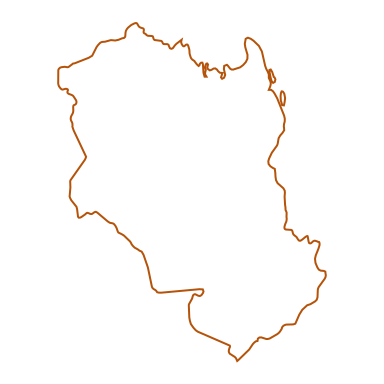 the border of Monagas
{"feature_id": "VEN-46", "entity_name": "Monagas", "entity_type": "State", "adm_level": 1, "iso_a3": "VEN", "parent_name": "Venezuela", "parent_adm1": "", "projection": "equal_earth", "projection_center": [-62.996, 9.35], "detail": "fine", "context": "isolated", "style": "outline", "palette": "amber", "viewbox_px": 384, "rotation_deg": 0, "n_neighbors": 0, "source": "natural_earth", "source_scale": "10m", "svg_char_len": 5620}
<svg xmlns="http://www.w3.org/2000/svg" viewBox="0 0 384 384"><path d="M194.5,61.1L194.9,61.8L196.8,64.3L198.6,66.0L199.4,65.4L199.9,63.7L201.1,62.7L202.4,62.7L202.9,64.1L203.5,72.9L204.6,76.7L206.5,76.7L205.0,74.1L205.3,72.0L205.8,70.0L205.1,67.8L205.1,66.7L205.6,65.0L206.4,63.6L207.3,63.5L208.0,64.6L207.3,67.4L207.8,68.9L209.8,70.4L211.6,69.8L213.4,68.6L215.3,68.4L217.0,69.6L218.2,71.3L219.8,72.7L222.5,73.0L221.0,77.4L222.1,78.8L224.1,77.7L225.2,74.9L223.9,69.1L224.2,65.9L226.9,64.8L227.7,65.5L230.1,68.6L231.5,69.5L233.1,69.6L240.0,67.4L243.1,65.1L245.8,62.1L247.4,58.8L247.5,54.8L245.3,47.3L244.8,43.8L245.7,38.8L247.9,37.7L250.8,38.8L253.6,40.8L258.9,45.9L261.9,51.5L265.2,66.0L266.3,69.0L267.7,71.6L268.8,74.4L268.8,77.9L270.4,81.4L270.8,83.8L270.3,86.2L268.8,89.9L271.2,89.9L273.1,91.4L274.6,93.6L277.2,98.3L284.1,115.6L284.8,118.7L284.7,121.6L284.0,124.2L283.8,126.8L284.0,127.3L284.2,130.2L282.5,132.9L280.2,135.5L278.6,138.3L277.7,143.7L277.1,145.4L271.8,152.8L269.1,158.5L268.3,161.2L268.6,164.0L270.3,166.2L272.6,167.8L274.8,168.9L275.3,172.8L275.5,176.6L276.0,180.1L277.6,183.2L283.4,188.3L284.7,190.6L284.9,192.5L284.6,196.8L285.1,205.2L285.4,206.8L285.6,210.2L286.0,210.9L286.3,211.7L286.6,212.5L286.6,213.5L286.5,216.8L286.7,218.8L286.6,220.0L286.3,221.6L285.3,223.9L284.7,225.8L284.4,227.3L284.6,228.6L285.1,229.2L285.8,229.5L291.2,229.9L291.7,230.1L292.2,230.7L292.5,231.5L292.9,233.2L293.2,234.0L293.6,234.6L294.2,235.2L295.9,236.5L296.5,237.0L296.9,237.6L298.1,239.6L298.6,240.1L299.1,240.6L299.6,240.7L300.1,240.8L301.2,240.3L302.6,239.3L305.4,237.0L306.6,236.2L307.5,236.1L307.8,236.9L308.6,241.6L308.9,242.4L309.2,243.1L309.7,243.3L310.1,243.4L310.7,243.3L311.3,243.0L313.1,241.3L314.2,240.8L314.9,240.7L317.0,241.3L317.6,241.7L319.2,242.1L319.6,243.6L319.5,245.3L318.4,248.8L315.8,255.3L315.0,258.8L315.5,262.9L317.1,266.8L318.1,268.6L319.2,269.9L320.7,270.6L323.8,270.9L325.3,271.6L325.5,273.2L325.7,274.4L325.8,275.5L325.5,277.1L324.8,278.6L318.8,286.9L318.1,288.4L317.8,289.9L317.5,297.4L316.7,299.8L315.1,301.4L310.4,304.2L307.1,305.3L302.8,309.3L302.2,309.9L299.3,314.6L296.7,320.6L295.3,323.7L293.2,324.4L286.1,324.6L284.4,325.2L283.6,325.7L282.9,326.3L282.2,327.2L281.9,327.9L281.8,328.6L281.3,329.5L280.1,331.4L278.8,332.9L277.3,334.1L269.7,338.5L267.8,339.0L266.3,339.0L261.3,337.4L259.4,337.5L257.9,338.6L257.5,341.0L255.9,341.3L254.3,342.5L252.9,344.0L249.2,349.5L248.7,350.0L238.2,360.2L237.2,361.0L236.1,358.4L234.9,357.0L229.9,353.8L229.2,352.8L228.8,351.7L228.8,350.6L229.0,349.6L229.5,347.9L229.9,347.1L230.0,346.4L229.8,345.6L197.8,331.7L195.8,330.3L193.5,327.8L190.9,324.1L189.9,320.8L189.3,317.5L188.8,305.2L189.0,304.2L192.0,298.8L192.3,298.0L192.5,297.0L192.8,296.1L193.1,295.3L193.6,294.8L194.2,294.4L194.9,294.2L195.6,294.4L198.2,295.7L199.0,295.9L199.7,296.0L200.4,295.8L201.0,295.4L201.6,294.9L202.0,294.4L202.9,293.1L203.5,291.5L202.8,289.4L199.4,289.2L161.1,292.7L158.6,292.6L157.1,292.2L156.7,291.5L156.1,290.7L155.3,290.0L153.7,289.1L152.9,288.4L152.4,287.8L152.2,287.4L151.9,286.7L147.9,267.5L143.6,255.0L141.8,251.8L141.2,251.4L139.8,250.8L139.1,250.4L138.0,249.5L134.6,247.6L132.7,245.7L131.6,244.2L130.6,242.2L129.9,241.3L123.9,235.5L121.4,234.0L119.7,233.2L118.5,232.6L117.9,231.8L116.6,228.1L115.4,225.8L114.5,224.7L113.8,223.9L113.1,223.5L112.4,223.3L111.6,223.1L110.8,223.0L109.7,222.7L107.7,221.4L97.3,212.6L95.8,211.8L95.1,212.0L94.4,212.2L92.7,213.5L92.0,213.9L91.2,214.0L90.2,213.9L88.7,213.2L87.8,212.9L87.0,212.9L86.4,213.3L85.8,213.7L85.3,214.3L81.1,217.2L80.4,217.5L79.7,217.7L78.8,217.7L78.3,217.2L78.0,216.6L77.1,209.2L76.5,206.8L71.3,200.3L70.2,198.2L69.6,196.5L70.4,187.6L70.2,181.2L70.5,180.2L84.8,159.9L85.2,159.1L85.5,158.5L86.1,156.8L73.6,130.3L72.4,126.7L72.5,125.5L72.4,123.5L72.0,122.3L71.2,120.8L70.8,119.7L70.7,118.7L70.8,117.6L71.0,116.8L71.3,116.0L72.8,113.2L73.1,112.1L73.3,110.8L73.2,107.1L73.3,106.0L73.7,105.3L74.3,104.9L75.0,104.7L75.7,104.2L76.2,103.5L76.5,101.9L76.3,100.9L75.9,100.0L73.4,96.2L72.9,95.7L71.6,94.9L69.3,94.1L68.4,93.7L67.5,92.8L67.4,91.9L67.6,91.1L68.0,90.1L67.7,89.4L67.2,89.1L66.6,88.9L65.5,88.8L62.7,89.6L61.8,89.4L60.7,88.6L59.1,86.5L58.5,85.0L58.2,83.6L58.3,70.1L58.6,69.3L59.0,68.7L59.5,68.2L60.1,67.7L60.8,67.4L61.5,67.2L64.6,66.8L65.5,66.9L67.0,67.2L67.8,67.2L68.5,67.0L71.9,64.5L72.9,63.6L74.7,63.3L88.7,57.8L92.2,55.7L96.6,47.0L98.2,44.9L100.1,42.9L101.3,42.2L102.4,41.9L105.1,41.7L110.9,40.1L115.3,40.5L118.5,39.8L121.9,38.4L124.1,37.9L125.0,37.0L125.3,36.1L125.5,32.8L125.7,31.8L125.9,30.9L126.7,29.4L127.1,28.8L128.2,27.5L131.4,24.9L134.4,23.4L136.0,23.0L137.0,23.4L137.4,24.0L138.6,26.1L139.1,26.7L139.6,27.1L140.3,27.5L143.3,28.5L143.7,29.0L143.9,29.8L143.8,30.7L143.6,31.5L143.6,32.3L143.9,33.0L144.4,33.4L145.1,33.7L145.7,34.0L146.1,34.6L146.9,35.3L148.0,35.8L151.8,36.0L152.8,36.4L153.1,37.1L153.6,38.9L154.0,39.5L154.6,40.0L161.2,40.9L161.8,41.3L162.2,41.9L162.9,43.4L163.5,44.0L164.5,44.1L166.7,44.1L167.6,44.2L168.2,44.6L168.6,45.0L168.9,46.0L169.9,48.2L171.3,48.8L172.2,48.5L172.9,48.1L173.8,46.9L174.7,45.6L176.4,43.8L181.6,39.8L181.1,42.0L181.3,42.8L181.6,43.8L182.1,44.7L182.9,45.9L183.7,46.3L184.4,46.2L185.5,45.1L186.2,44.6L187.4,44.6L188.0,45.3L188.4,46.4L189.2,49.1L189.4,50.2L189.6,53.7L190.6,57.1L191.1,58.2L191.8,59.1L192.3,59.6L194.1,60.8L194.5,61.1ZM283.2,92.0L284.3,93.8L285.1,98.1L284.6,102.2L283.9,105.4L282.2,105.1L280.8,100.4L280.6,96.1L280.9,93.2L281.6,91.4L282.7,91.5L283.2,92.0ZM273.8,77.0L274.5,77.4L275.4,79.3L274.8,81.9L273.1,82.9L271.6,81.1L270.7,78.0L269.6,72.3L269.5,69.9L270.7,69.5L272.2,72.0L273.8,77.0Z" fill="none" stroke="#b45309" stroke-width="2"/></svg>